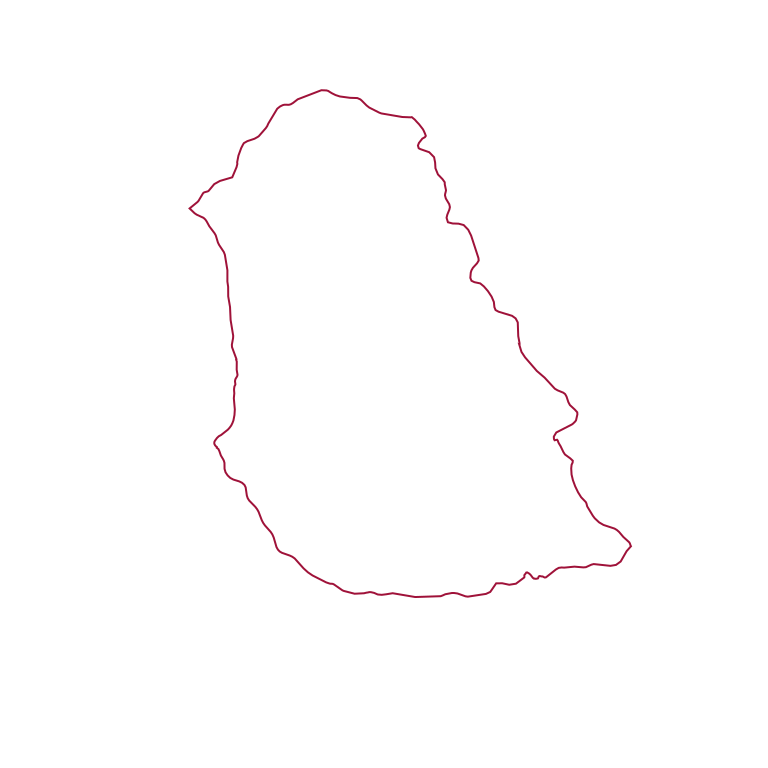 map outline of Entre Ríos (orthographic projection), rotated 323°
{"feature_id": "ARG-1309", "entity_name": "Entre Ríos", "entity_type": "Province", "adm_level": 1, "iso_a3": "ARG", "parent_name": "Argentina", "parent_adm1": "", "projection": "orthographic", "projection_center": [-59.178, -32.1], "detail": "fine", "context": "isolated", "style": "outline", "palette": "rose", "viewbox_px": 768, "rotation_deg": 323, "n_neighbors": 0, "source": "natural_earth", "source_scale": "10m", "svg_char_len": 4292}
<svg xmlns="http://www.w3.org/2000/svg" viewBox="0 0 768 768"><g transform="rotate(323 384 384)"><path d="M515.6,435.0L515.5,434.6L513.1,441.1L512.7,447.6L513.9,465.6L516.1,475.6L517.6,490.6L518.8,493.5L522.0,498.9L522.6,501.1L522.2,503.9L520.3,509.5L519.8,512.7L521.0,519.3L521.3,522.9L520.2,524.6L515.6,528.5L514.2,529.0L511.2,529.4L509.7,529.4L492.4,526.4L488.0,528.2L487.4,529.0L486.6,530.3L486.4,531.6L488.7,532.7L488.7,533.8L488.2,535.3L487.9,536.8L487.6,539.9L486.3,546.4L486.1,549.2L488.0,555.5L488.6,558.9L487.3,560.3L485.2,561.4L482.7,564.1L479.3,569.2L477.0,574.5L475.1,580.8L473.8,587.3L473.3,593.1L474.1,599.7L473.8,601.2L472.6,604.1L471.5,614.9L471.5,618.1L472.5,623.9L474.5,628.7L481.1,638.2L482.1,640.7L482.7,643.5L483.1,650.2L484.6,658.2L484.3,659.7L483.7,661.4L483.6,662.2L477.2,663.5L466.2,668.2L460.4,668.1L455.4,665.5L443.1,654.0L440.9,653.1L435.0,651.8L432.8,650.4L426.2,644.5L417.4,639.1L415.4,637.4L412.9,636.0L409.7,635.6L397.1,635.9L396.0,635.4L395.4,634.4L395.0,633.4L394.6,632.9L394.2,632.7L393.1,631.4L392.5,630.9L391.7,630.9L391.0,631.3L390.4,631.7L390.0,631.9L388.8,631.4L387.8,630.8L387.1,629.9L386.7,629.8L386.2,628.3L386.2,624.8L385.9,622.9L385.0,620.7L384.2,620.2L383.1,620.6L381.3,621.0L380.9,621.3L380.0,622.6L379.6,622.9L369.2,622.9L363.2,619.7L358.5,614.3L353.6,610.7L346.8,613.0L343.7,614.0L339.1,613.0L323.0,604.3L321.3,602.6L316.6,595.5L314.3,593.2L312.3,591.7L306.4,588.8L303.7,588.2L301.6,587.6L280.7,572.9L265.0,556.3L259.1,553.2L255.3,551.0L252.5,548.5L251.9,547.6L250.4,544.9L248.3,542.4L246.9,541.3L245.9,540.9L244.2,540.0L242.1,539.1L234.3,533.8L227.3,525.0L226.6,523.7L223.4,513.9L222.8,512.8L222.3,512.3L221.1,511.3L220.5,510.7L218.4,507.6L211.7,493.9L209.9,488.6L208.8,482.8L207.7,469.6L206.8,466.8L205.5,464.3L200.9,457.4L199.9,455.0L199.6,452.4L200.0,449.5L203.5,440.3L204.3,437.0L204.5,434.0L203.8,425.3L203.9,422.3L204.4,419.3L206.9,410.6L207.3,407.7L207.3,404.7L206.2,396.0L206.4,393.3L207.3,390.6L211.3,383.3L211.8,380.6L211.2,377.5L209.8,374.7L206.2,369.7L204.7,366.5L204.1,362.9L204.3,359.2L205.6,355.8L209.1,351.0L209.9,349.0L210.2,347.5L210.7,342.9L212.1,338.6L212.6,336.3L212.1,334.4L212.3,334.3L212.6,333.9L212.3,332.7L212.2,331.4L212.4,330.0L212.9,329.0L213.8,328.1L214.8,327.6L218.1,326.6L220.6,326.3L223.3,326.7L231.8,326.5L234.4,326.0L237.0,325.2L239.4,324.0L241.8,322.5L245.9,318.8L249.5,314.6L255.5,305.0L258.8,301.4L260.4,298.9L261.3,297.7L263.1,295.9L264.8,295.1L265.2,294.7L266.6,292.2L267.4,291.4L268.3,290.7L269.2,290.3L271.0,289.6L271.9,289.1L272.6,288.4L274.9,284.0L279.9,277.5L280.6,275.5L281.1,275.4L284.8,263.1L286.1,261.1L291.1,256.5L292.6,254.7L300.0,240.6L307.4,229.8L312.3,220.3L318.0,212.6L320.6,207.9L327.4,198.9L334.7,185.0L335.5,182.2L336.0,173.8L336.5,171.1L339.1,164.0L339.4,161.5L339.4,153.0L340.2,147.5L340.3,145.1L339.9,142.8L336.3,136.0L335.5,133.6L334.4,126.8L344.6,126.4L346.1,126.1L354.2,122.8L354.8,122.7L355.3,122.7L355.9,122.8L359.2,124.1L360.2,124.2L368.7,122.2L375.2,123.1L387.2,127.6L396.7,122.1L399.3,120.0L400.2,118.5L405.2,114.0L412.0,109.6L415.1,108.1L417.0,107.3L421.0,107.8L428.2,110.2L432.0,110.7L433.3,110.7L443.7,108.5L446.0,107.7L448.3,106.4L464.4,99.9L467.9,99.8L469.7,100.1L471.4,100.5L472.8,101.2L475.7,103.5L476.3,103.9L477.9,104.5L480.5,104.8L486.4,104.7L510.8,111.7L514.7,114.9L515.9,116.5L516.2,117.5L517.4,120.5L519.2,124.1L521.8,127.8L529.1,135.0L534.8,139.6L536.4,142.5L536.8,144.4L537.7,151.0L538.6,154.4L543.5,164.4L544.7,166.3L559.2,181.7L565.8,187.1L566.8,187.6L567.7,191.4L567.9,194.0L568.3,197.6L568.4,203.7L568.2,205.3L567.4,208.8L566.7,211.0L565.2,211.5L562.3,211.1L557.0,212.5L554.6,214.0L553.6,216.6L554.4,218.3L559.6,226.1L560.5,233.0L558.1,237.9L554.9,242.7L553.2,249.1L554.0,255.6L553.9,259.4L552.7,261.1L550.1,266.6L549.1,267.5L547.1,269.1L546.2,270.1L545.0,273.1L544.3,279.7L543.1,282.4L541.1,284.1L536.4,286.9L534.0,288.9L532.4,293.3L535.4,297.1L536.9,298.3L540.0,300.8L543.3,305.0L544.1,311.5L542.9,317.9L535.2,340.3L533.9,342.4L530.9,343.6L525.0,344.7L522.2,345.9L520.3,347.3L516.8,351.2L516.0,354.2L517.5,357.1L521.4,361.6L522.5,366.2L522.9,372.4L522.5,379.0L521.1,384.6L518.4,389.1L517.6,392.1L519.0,395.2L527.3,406.6L528.6,410.8L527.9,415.3L520.0,426.6L516.8,433.0L515.6,434.6L515.6,435.0Z" fill="none" stroke="#9f1239" stroke-width="2"/></g></svg>